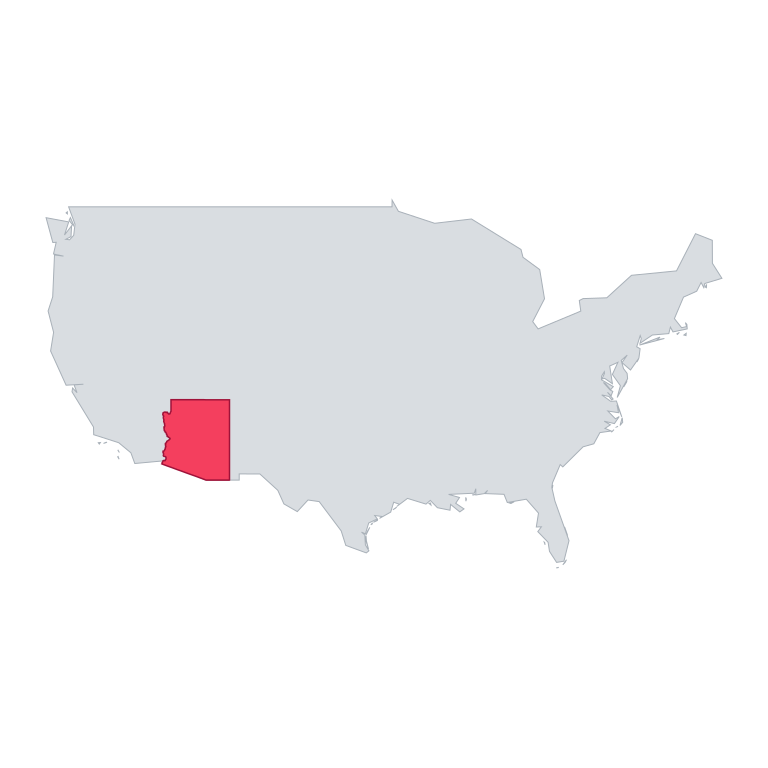 Arizona highlighted on a map of United States of America
{"feature_id": "USA-3520", "entity_name": "Arizona", "entity_type": "State", "adm_level": 1, "iso_a3": "USA", "parent_name": "United States of America", "parent_adm1": "", "projection": "mercator", "projection_center": [-112.833, 34.165], "detail": "fine", "context": "in_parent", "style": "filled", "palette": "rose", "viewbox_px": 768, "rotation_deg": 0, "n_neighbors": 0, "source": "natural_earth", "source_scale": "10m", "svg_char_len": 7913}
<svg xmlns="http://www.w3.org/2000/svg" viewBox="0 0 768 768"><path d="M631.5,275.3L676.5,270.9L695.5,233.7L712.3,240.3L712.4,263.3L721.9,278.3L704.8,283.5L703.8,287.6L701.1,282.5L696.7,291.2L683.5,297.1L674.4,318.6L681.6,327.7L686.6,326.6L685.4,322.6L686.9,324.5L687.2,328.9L673.0,331.9L670.4,327.1L668.8,333.6L652.4,335.0L640.0,343.3L641.3,338.6L640.2,335.6L636.7,346.8L640.1,348.7L638.9,358.1L630.5,370.0L622.0,362.6L627.2,355.1L621.2,360.4L623.5,368.6L627.1,373.4L627.6,378.7L617.2,397.5L620.4,385.7L612.4,374.4L617.9,362.3L609.7,366.0L612.4,383.7L604.7,378.4L602.0,378.9L604.5,373.4L604.3,371.7L601.6,376.1L601.5,379.8L613.3,386.6L610.6,389.7L605.4,383.6L603.4,382.5L610.0,389.9L612.8,391.4L611.1,395.8L607.5,392.3L613.1,399.0L611.7,399.9L609.0,396.5L601.7,394.9L610.7,401.3L616.4,401.0L621.8,416.9L617.0,404.8L618.5,412.7L607.8,411.0L615.4,418.8L619.2,416.6L614.4,423.6L604.2,421.2L610.4,424.8L605.0,428.4L611.2,431.0L599.9,432.6L593.8,443.8L583.1,446.8L562.8,466.9L560.2,464.6L552.5,482.8L551.8,487.3L554.9,501.0L569.0,540.7L563.9,561.2L556.6,562.4L549.5,551.4L548.1,542.3L537.8,531.6L541.4,526.8L536.3,527.0L538.5,513.1L526.3,499.2L507.3,502.5L504.0,494.3L485.2,493.6L487.6,490.4L484.3,493.6L475.8,495.0L475.8,488.7L474.3,493.2L448.6,494.4L459.5,497.5L455.7,503.3L464.0,508.9L459.8,511.9L450.6,504.4L450.0,510.2L437.4,507.7L430.3,500.4L426.0,504.1L407.5,498.4L396.7,506.5L399.5,504.3L393.7,502.2L390.7,512.1L379.5,518.4L382.1,516.5L374.7,515.5L377.3,518.9L368.7,523.0L365.4,533.8L361.5,532.1L364.8,535.0L365.4,544.9L368.9,550.8L366.3,552.9L345.8,545.4L341.2,530.9L319.2,501.6L308.0,500.0L297.3,511.6L283.9,503.9L277.8,490.3L259.9,474.0L239.2,473.9L239.2,480.1L206.1,480.1L163.0,460.9L134.8,463.5L130.9,452.8L118.7,442.7L93.7,434.7L93.5,427.0L72.0,391.8L72.6,388.0L77.0,392.7L74.1,384.9L83.4,384.2L66.1,385.2L50.6,351.0L53.6,332.3L48.1,311.0L52.7,296.8L54.5,255.0L63.5,256.1L53.5,254.0L56.2,242.3L52.8,242.5L46.1,217.7L68.7,221.9L64.5,235.0L71.6,225.8L71.0,236.6L65.8,239.3L69.6,239.8L73.7,235.3L75.0,224.2L68.6,206.8L392.0,206.8L392.1,200.1L398.4,211.3L434.7,223.3L471.5,219.0L521.0,249.5L523.0,257.3L539.7,269.6L544.5,298.8L532.7,321.6L538.1,328.9L580.8,311.1L579.3,300.5L583.1,298.6L606.8,297.8L631.5,275.3ZM657.3,339.7L664.4,338.5L639.4,345.1L660.0,337.1L657.3,339.7ZM70.4,217.6L73.5,224.6L73.3,225.7L69.1,220.4L70.4,217.6ZM368.5,549.1L365.8,540.5L366.0,535.6L366.4,540.8L368.5,549.1ZM706.6,284.4L706.4,287.7L705.2,287.0L706.6,284.4ZM430.5,503.0L431.0,505.1L429.0,503.4L430.5,503.0ZM103.5,443.4L106.3,442.2L106.5,442.5L103.5,443.4ZM100.4,442.5L99.3,444.1L98.3,442.7L100.4,442.5ZM679.4,332.4L677.4,334.4L676.9,333.9L679.4,332.4ZM367.6,531.0L366.0,535.0L369.8,527.3L367.6,531.0ZM564.9,527.7L567.6,535.5L564.4,526.9L564.9,527.7ZM118.1,450.3L119.4,452.5L118.0,450.5L118.1,450.3ZM565.1,562.4L562.8,564.8L566.5,559.7L565.1,562.4ZM622.7,422.3L620.0,425.5L622.2,417.7L622.7,422.3ZM67.3,211.8L67.4,213.9L66.1,212.9L67.3,211.8ZM377.4,520.5L373.4,522.3L377.5,519.9L377.4,520.5ZM686.2,333.3L686.0,335.6L683.9,335.0L686.2,333.3ZM118.1,456.5L119.1,459.2L117.7,456.8L118.1,456.5ZM372.4,523.8L370.8,524.8L372.2,523.2L372.4,523.8ZM626.5,382.3L623.7,386.9L627.0,380.6L626.5,382.3ZM395.5,508.2L392.9,509.8L396.7,507.1L395.5,508.2ZM552.9,485.0L552.4,488.3L552.2,486.0L552.9,485.0ZM612.2,431.5L611.3,432.2L614.0,429.6L612.2,431.5ZM514.1,501.8L510.9,503.5L509.7,503.1L514.1,501.8ZM474.6,494.5L474.0,495.0L472.2,494.9L474.6,494.5ZM544.7,542.5L545.1,544.8L544.2,542.1L544.7,542.5ZM466.4,499.1L465.9,501.2L465.7,497.4L466.4,499.1ZM558.0,567.7L556.2,567.9L558.7,567.3L558.0,567.7ZM638.2,359.7L636.9,362.0L638.6,358.7L638.2,359.7ZM618.0,426.2L616.8,427.0L616.6,427.0L618.0,426.2Z" fill="#d9dde1" stroke="#a8b0b8" stroke-width="1"/><path d="M206.5,480.1L205.8,480.0L205.5,479.9L204.9,479.7L204.3,479.4L203.7,479.2L203.1,479.0L202.5,478.8L201.9,478.5L201.3,478.3L200.7,478.1L195.9,476.3L191.1,474.6L186.3,472.9L181.5,471.1L176.7,469.4L171.9,467.6L167.1,465.9L162.3,464.1L161.9,463.9L162.0,463.8L162.2,463.2L162.2,462.9L162.1,462.6L162.3,462.2L162.6,461.9L162.8,461.6L162.9,461.3L163.0,461.0L163.0,460.8L163.5,460.5L164.7,460.7L165.2,460.6L165.3,460.4L165.3,460.2L165.3,459.9L165.4,459.7L165.5,459.5L165.9,459.2L166.1,459.0L166.1,458.7L165.9,457.8L165.9,457.6L166.0,457.5L166.0,457.3L165.9,457.2L165.6,456.7L165.2,456.5L164.1,456.4L163.7,456.2L163.3,455.7L163.4,455.2L163.5,454.7L163.6,454.1L163.5,453.3L163.4,453.1L163.0,452.7L163.1,452.1L163.3,451.9L163.2,451.7L163.0,451.4L163.0,451.2L163.7,451.1L163.9,451.0L164.1,450.8L164.6,450.0L164.7,449.7L164.8,449.5L165.0,449.3L165.2,449.1L165.3,448.8L165.2,448.5L165.2,448.3L165.3,448.2L165.4,447.7L165.4,447.4L165.5,447.2L165.8,446.8L165.6,446.5L165.6,446.4L165.7,446.2L165.7,445.9L165.5,445.7L165.5,445.3L165.5,445.0L165.4,444.8L165.6,444.6L165.7,444.3L165.5,444.1L165.4,443.9L165.4,443.7L165.4,443.4L165.6,443.2L166.1,442.9L166.3,442.7L166.5,442.5L166.6,442.2L166.7,441.6L166.8,441.4L167.0,441.2L167.4,441.0L168.6,440.2L168.9,440.1L169.2,439.6L169.6,439.3L170.0,439.0L170.1,438.8L170.0,438.5L170.0,438.3L169.6,438.0L169.5,437.9L169.4,437.8L169.2,437.7L168.2,437.0L168.0,436.8L168.0,436.7L167.7,436.6L167.6,436.4L167.4,436.3L167.2,436.3L167.2,436.2L167.1,435.8L167.1,435.6L167.2,435.4L167.0,435.0L166.9,434.8L166.7,434.7L166.5,434.4L166.6,434.0L166.5,433.9L165.7,432.2L165.4,432.2L165.1,432.0L165.0,431.8L165.0,431.4L164.9,431.2L164.7,430.8L164.5,430.7L164.3,430.6L164.3,430.4L164.1,428.8L164.1,428.7L164.0,428.0L164.3,427.7L164.3,427.3L164.0,427.1L164.0,426.9L164.2,426.7L164.3,426.7L164.5,426.7L164.8,426.0L164.8,425.7L164.7,425.1L164.6,424.4L164.5,424.0L164.6,423.7L164.4,423.3L164.1,422.6L163.9,421.9L163.7,421.3L163.9,420.6L163.8,420.0L163.9,419.7L163.8,419.4L163.4,418.4L163.4,418.1L163.3,417.7L163.4,416.9L163.4,416.7L163.6,416.3L163.7,416.2L163.6,415.9L163.1,415.3L162.9,414.9L162.8,414.5L162.8,414.1L163.0,413.9L163.1,413.6L163.0,413.3L163.0,413.1L163.1,412.9L163.2,412.7L163.6,412.5L164.0,412.3L164.7,412.1L164.9,412.0L165.0,412.0L165.7,412.2L165.8,412.2L165.8,412.3L166.0,412.4L166.2,412.5L166.3,412.5L166.5,412.5L166.5,412.4L166.8,412.3L166.9,412.2L167.0,412.2L167.3,412.2L167.4,412.3L167.5,412.4L167.6,412.6L168.0,413.3L168.1,413.5L168.3,413.7L168.5,413.9L168.7,414.0L169.0,414.0L169.6,413.9L170.0,413.7L170.2,413.0L170.4,412.5L170.5,412.1L170.7,411.8L170.9,411.4L171.0,411.3L171.0,411.1L171.0,410.5L171.0,410.4L171.0,410.1L171.0,409.5L171.0,408.9L171.0,408.0L171.0,407.1L171.0,406.1L171.0,405.1L171.0,404.1L171.0,403.2L171.0,402.2L171.0,401.4L171.0,400.7L171.0,400.2L171.0,399.8L171.0,399.7L172.8,399.7L174.7,399.7L176.5,399.7L178.3,399.7L180.1,399.7L182.0,399.7L183.8,399.7L185.6,399.7L187.4,399.7L189.3,399.7L191.1,399.7L192.9,399.7L194.8,399.7L196.6,399.7L198.4,399.7L200.2,399.7L202.1,399.7L203.9,399.7L205.7,399.8L207.5,399.8L209.4,399.8L211.2,399.8L213.0,399.8L214.9,399.8L216.7,399.8L218.5,399.8L220.3,399.8L222.2,399.8L224.0,399.8L225.8,399.8L227.6,399.8L229.5,399.8L229.5,402.4L229.5,405.0L229.5,407.5L229.5,410.1L229.5,412.7L229.5,415.2L229.5,417.8L229.5,420.4L229.5,422.9L229.5,425.4L229.5,428.0L229.5,430.5L229.5,433.0L229.5,435.6L229.5,438.1L229.5,440.6L229.5,443.1L229.5,445.6L229.5,448.1L229.5,450.6L229.5,453.0L229.5,455.5L229.5,458.0L229.5,460.5L229.5,462.9L229.5,465.4L229.5,467.8L229.5,470.3L229.5,472.7L229.5,475.2L229.5,477.6L229.5,480.0L229.2,480.1L228.7,480.1L228.2,480.1L227.7,480.1L227.2,480.1L226.7,480.1L226.2,480.1L225.7,480.1L225.2,480.1L224.7,480.1L224.2,480.1L223.7,480.1L223.2,480.1L222.7,480.1L222.2,480.1L221.7,480.1L221.2,480.1L220.7,480.1L220.2,480.1L219.7,480.1L219.2,480.1L218.7,480.1L218.2,480.1L217.7,480.1L217.2,480.1L216.7,480.1L216.2,480.1L215.7,480.1L215.2,480.1L214.7,480.1L214.2,480.1L213.7,480.1L213.2,480.1L212.7,480.1L212.2,480.1L211.7,480.1L211.2,480.1L210.7,480.1L210.2,480.1L209.7,480.1L209.2,480.1L208.7,480.1L208.2,480.1L207.7,480.1L207.2,480.1L206.5,480.1Z" fill="#f43f5e" stroke="#9f1239" stroke-width="1.5"/></svg>